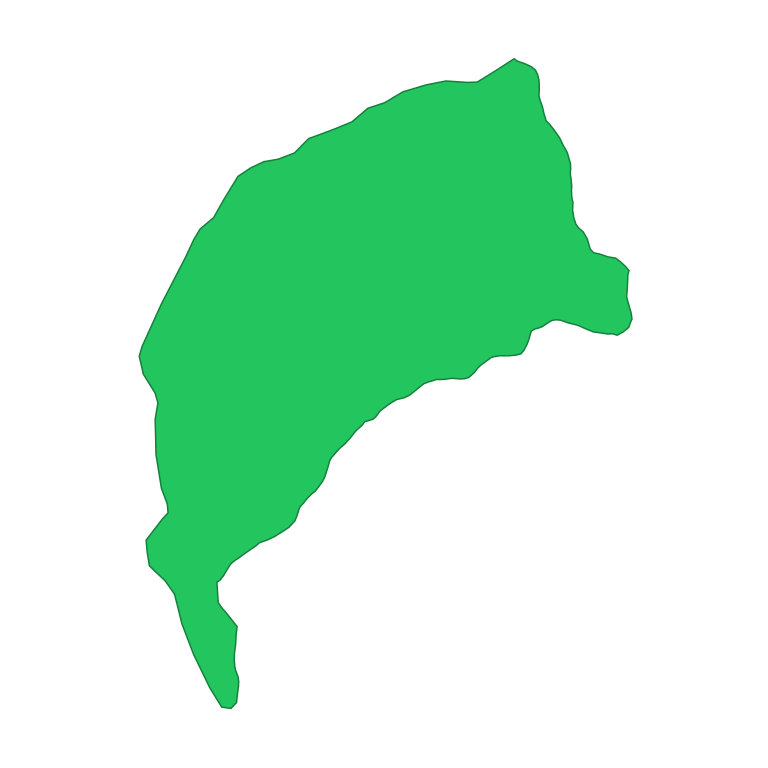 the district of Balam, Mongar, Bhutan, rotated 182°
{"feature_id": "84629894B21655800544266", "entity_name": "Balam", "entity_type": "district", "adm_level": 2, "iso_a3": "BTN", "parent_name": "Bhutan", "parent_adm1": "Mongar", "projection": "natural_earth1", "projection_center": [91.392, 27.348], "detail": "fine", "context": "isolated", "style": "filled", "palette": "green", "viewbox_px": 768, "rotation_deg": 182, "n_neighbors": 0, "source": "geoboundaries", "source_scale": "gbopen_adm2", "svg_char_len": 2692}
<svg xmlns="http://www.w3.org/2000/svg" viewBox="0 0 768 768"><g transform="rotate(182 384 384)"><path d="M534.9,55.4L525.6,54.4L520.3,60.5L519.4,71.7L518.9,76.6L518.8,81.5L519.7,86.5L522.1,92.1L523.3,96.8L524.0,102.4L524.0,110.1L523.2,118.5L523.0,129.3L522.3,136.4L532.5,148.4L535.0,151.2L537.5,153.8L540.2,157.2L541.8,159.5L542.3,162.1L543.2,171.2L544.1,180.1L540.9,182.3L537.8,186.7L532.5,196.3L530.2,199.6L526.1,203.0L522.8,205.2L520.4,207.3L514.2,212.0L506.5,217.7L503.1,220.9L494.4,224.4L487.9,227.8L480.1,233.1L474.1,237.4L468.3,244.0L466.2,249.8L464.3,256.6L463.3,258.8L460.2,262.2L458.6,264.6L456.4,267.4L452.1,271.9L449.4,274.1L446.4,278.0L442.1,284.4L439.9,289.2L437.5,297.6L435.6,305.3L434.0,308.5L426.6,317.6L420.6,323.2L415.3,329.6L412.5,333.5L409.4,337.4L404.8,341.5L402.0,345.6L393.8,348.4L391.4,350.5L387.4,356.3L384.8,358.7L379.5,363.0L374.3,366.7L370.7,368.9L363.3,371.0L360.4,372.5L357.4,374.2L347.3,383.1L344.2,385.6L340.2,387.4L331.5,390.4L328.4,390.4L323.7,390.8L316.3,392.1L313.2,391.9L308.1,391.7L303.6,392.1L299.4,393.6L294.1,398.6L291.4,402.5L288.1,406.1L277.9,414.1L274.5,415.3L268.8,416.3L260.9,416.5L253.5,417.4L250.4,418.2L248.1,419.1L245.2,422.7L242.3,429.0L240.9,433.1L238.7,441.9L235.1,444.3L232.1,445.1L227.9,446.8L221.6,451.4L218.4,453.3L215.8,454.0L213.0,454.2L209.1,453.8L202.5,451.6L193.4,449.7L189.1,448.2L185.7,446.7L176.4,443.3L169.1,442.6L162.1,441.8L157.1,442.1L152.7,440.9L146.6,444.5L141.4,449.1L139.6,454.7L138.4,457.5L139.5,463.7L141.5,469.7L143.7,476.5L144.6,480.0L144.2,486.8L144.1,494.3L144.1,501.5L143.1,505.9L146.9,510.0L152.0,514.4L156.9,517.9L164.7,518.9L173.4,521.5L179.1,522.5L182.6,526.0L185.9,536.0L190.2,542.9L195.1,547.0L197.7,550.2L200.2,557.0L200.9,561.0L201.6,564.5L201.5,572.3L202.5,575.1L202.9,578.2L203.4,583.3L203.3,588.0L204.0,594.1L205.1,600.5L205.0,605.9L205.3,610.7L207.6,617.6L208.9,621.7L213.4,629.1L217.2,636.3L222.4,643.2L227.7,649.5L231.2,652.7L232.0,655.4L233.4,659.2L235.4,666.8L237.4,671.7L239.2,677.1L239.1,682.6L239.3,688.7L239.8,693.5L241.3,698.6L243.6,703.0L247.8,706.2L253.9,708.8L262.1,711.4L265.3,713.6L283.8,700.7L301.4,689.0L311.3,688.3L332.7,689.0L352.3,684.4L375.2,676.7L393.3,665.1L409.6,659.1L425.3,644.8L444.9,636.0L467.9,626.6L481.5,611.8L497.9,604.9L511.8,602.0L524.5,595.5L537.2,586.4L550.1,563.5L560.1,544.3L573.2,532.5L579.0,522.0L586.6,504.1L609.1,456.6L627.0,413.3L629.6,403.2L625.7,388.7L624.9,385.5L612.4,366.9L609.3,357.2L611.5,340.7L610.4,323.2L609.4,305.5L602.8,272.0L596.4,256.5L595.3,247.7L600.6,241.6L609.4,229.3L616.3,219.6L614.8,207.7L612.1,194.0L595.5,179.3L585.9,166.4L577.6,137.3L564.9,107.2L547.6,74.5L534.9,55.4Z" fill="#22c55e" stroke="#15803d" stroke-width="1.5"/></g></svg>